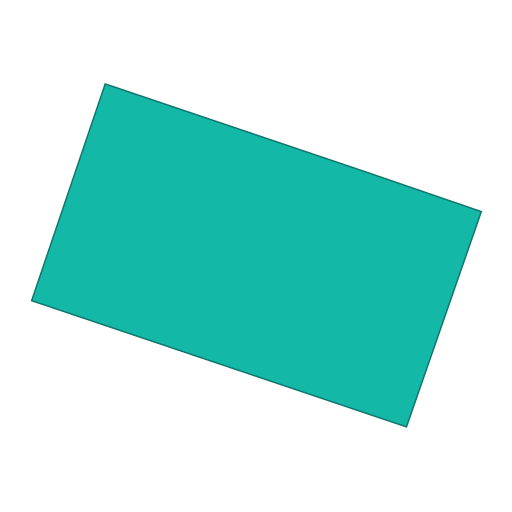 Sutton, Texas, United States of America, rotated 199°
{"feature_id": "52423323B52490011896417", "entity_name": "Sutton", "entity_type": "district", "adm_level": 2, "iso_a3": "USA", "parent_name": "United States of America", "parent_adm1": "Texas", "projection": "albers", "projection_center": [-100.636, 30.499], "detail": "fine", "context": "isolated", "style": "filled", "palette": "teal", "viewbox_px": 512, "rotation_deg": 199, "n_neighbors": 0, "source": "geoboundaries", "source_scale": "gbopen_adm2", "svg_char_len": 240}
<svg xmlns="http://www.w3.org/2000/svg" viewBox="0 0 512 512"><g transform="rotate(199 256 256)"><path d="M58.1,143.4L57.4,371.3L179.9,371.2L454.6,369.6L453.6,140.7L58.1,143.4Z" fill="#14b8a6" stroke="#0f766e" stroke-width="1.5"/></g></svg>